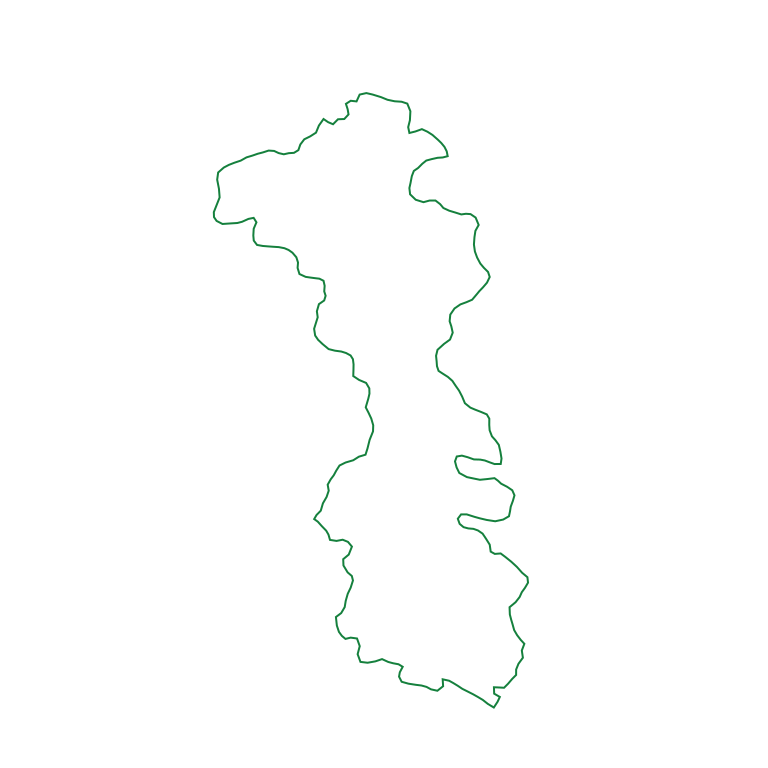 outline of Santo Hipólito, Minas Gerais, Brazil, rotated 203°
{"feature_id": "56859067B25350866893679", "entity_name": "Santo Hipólito", "entity_type": "district", "adm_level": 2, "iso_a3": "BRA", "parent_name": "Brazil", "parent_adm1": "Minas Gerais", "projection": "orthographic", "projection_center": [-44.176, -18.392], "detail": "fine", "context": "isolated", "style": "outline", "palette": "green", "viewbox_px": 768, "rotation_deg": 203, "n_neighbors": 0, "source": "geoboundaries", "source_scale": "gbopen_adm2", "svg_char_len": 4246}
<svg xmlns="http://www.w3.org/2000/svg" viewBox="0 0 768 768"><g transform="rotate(203 384 384)"><path d="M156.5,129.1L155.3,135.8L155.1,141.2L161.6,142.0L164.3,147.8L159.8,149.5L154.8,151.3L152.7,156.5L150.7,162.8L148.7,167.8L150.8,172.8L150.9,179.0L149.2,186.3L153.0,192.5L153.3,199.7L158.0,201.8L163.3,204.8L168.0,208.3L171.9,213.2L174.8,216.7L178.1,221.0L181.2,227.6L177.6,234.6L175.9,241.0L175.8,246.2L174.6,251.4L173.8,257.4L176.5,262.2L183.1,264.2L190.3,267.6L197.3,270.1L204.7,272.2L210.4,273.6L215.6,270.9L220.3,271.4L223.9,277.4L229.6,281.4L234.8,284.8L240.3,285.9L245.1,285.6L250.0,284.0L254.8,283.3L259.7,284.8L263.4,288.8L262.1,294.1L256.9,296.3L248.6,297.1L243.3,297.8L236.3,299.0L228.0,301.1L221.3,305.8L217.3,311.1L218.2,315.8L219.4,320.6L219.7,326.8L220.4,332.5L224.4,336.3L230.6,337.5L237.2,338.0L241.3,339.5L245.5,340.5L251.9,336.8L258.3,333.3L264.7,332.0L271.3,330.7L279.9,331.5L284.6,335.6L288.4,340.5L288.7,345.7L284.3,348.5L278.4,349.3L271.8,349.7L265.9,352.0L261.3,353.0L255.9,353.2L251.0,353.5L245.3,356.0L246.7,361.3L250.3,367.0L254.5,372.8L259.5,375.8L264.2,378.0L268.7,382.7L271.1,387.4L273.5,393.2L277.5,396.2L283.9,396.2L290.2,396.0L295.3,396.0L302.0,397.9L307.1,402.9L312.3,407.2L317.6,410.5L322.3,413.6L328.0,415.5L334.6,416.6L338.9,417.4L342.2,421.1L344.4,425.4L347.1,430.3L348.1,436.4L344.4,444.4L340.6,450.7L340.8,458.1L344.5,463.3L348.1,467.4L350.1,473.8L348.6,481.1L344.8,487.1L340.1,491.5L335.8,496.0L333.9,502.1L332.5,506.8L330.6,511.8L328.8,517.5L328.5,523.8L332.0,527.8L337.5,530.0L342.4,532.5L347.7,536.8L352.1,541.5L355.7,547.5L358.1,554.5L359.7,560.7L359.0,567.4L364.7,573.0L370.7,574.2L375.1,572.7L379.1,570.3L385.3,569.7L391.7,569.0L398.1,569.2L402.6,571.5L408.3,573.0L413.7,570.7L418.7,566.8L426.8,566.0L434.1,568.8L437.2,574.3L438.1,579.2L439.6,586.2L439.8,591.8L437.0,596.2L434.8,601.7L432.4,606.2L427.9,609.7L423.0,613.2L418.4,615.5L414.4,618.6L417.2,622.7L421.0,625.9L425.4,628.2L429.8,629.9L436.7,632.2L442.6,633.2L448.7,633.4L453.8,628.7L458.7,625.0L462.1,629.9L463.2,636.9L466.3,645.4L472.1,651.2L478.1,650.7L484.7,648.4L491.8,647.0L498.9,646.9L507.6,646.0L513.9,644.9L519.5,640.9L519.7,633.4L525.3,631.7L528.5,627.0L524.8,622.7L522.0,618.3L524.1,612.4L529.8,609.7L532.4,603.2L537.8,603.2L543.2,604.3L544.9,596.5L544.8,588.8L548.7,583.1L553.0,578.1L554.6,571.8L554.2,565.8L557.2,561.6L561.8,559.3L566.0,556.3L571.2,555.4L576.2,555.6L581.4,553.8L585.9,549.9L590.2,546.6L594.4,542.8L599.1,538.9L603.2,533.6L608.2,529.2L612.4,525.1L616.0,520.7L619.3,513.9L617.4,506.9L612.2,499.2L608.2,491.5L608.0,483.7L607.8,475.7L605.7,471.2L601.8,468.7L595.2,468.2L587.7,472.0L581.9,474.9L578.0,477.9L573.3,483.0L568.9,486.0L564.6,483.0L564.6,476.0L562.3,469.6L559.9,465.1L555.2,462.4L549.5,463.7L545.0,465.2L540.0,466.9L534.3,468.9L528.7,470.1L524.2,470.1L519.6,469.1L514.2,466.4L510.6,462.2L508.9,457.1L504.8,452.2L498.0,452.0L493.8,453.1L489.1,454.4L484.6,455.7L480.0,455.4L477.0,451.2L475.2,445.9L472.2,442.4L471.7,437.5L475.1,432.1L474.2,424.7L471.1,419.5L470.6,414.5L469.9,407.5L466.3,401.7L461.9,398.9L456.0,396.7L448.6,394.5L442.2,395.5L436.0,397.2L431.0,397.7L425.9,397.2L422.3,394.7L419.7,390.2L417.8,385.5L415.4,379.3L408.5,378.0L400.9,378.0L395.8,374.2L393.6,369.4L392.7,364.3L391.7,355.4L387.0,351.5L382.2,347.2L377.8,341.8L375.6,336.1L375.4,327.0L374.0,318.1L373.4,311.7L378.7,307.3L382.5,301.8L388.7,296.7L393.1,291.6L394.1,285.6L394.6,280.3L395.8,275.5L396.5,269.3L393.2,264.2L392.7,257.6L393.6,250.3L392.7,242.7L394.9,237.1L395.5,232.4L391.1,231.4L385.8,228.9L379.9,226.4L376.3,223.7L372.8,219.4L366.4,221.0L361.2,224.5L355.5,224.6L350.0,221.8L349.8,213.2L353.1,206.8L350.4,201.1L343.9,196.4L338.6,194.7L335.8,191.0L335.1,183.5L335.4,176.7L334.5,169.4L333.0,163.3L333.9,156.4L337.2,150.7L333.0,143.2L328.6,138.2L324.4,135.7L319.9,134.3L315.6,137.5L309.4,139.2L303.9,133.2L302.7,125.0L297.1,119.0L290.2,121.0L283.6,125.3L278.3,130.0L271.5,129.8L266.5,130.5L261.1,131.7L256.3,131.0L256.8,124.8L255.8,120.5L251.4,116.8L244.4,117.7L237.3,119.5L231.7,121.1L226.5,121.8L221.4,121.3L215.0,122.5L211.5,128.9L214.6,135.1L208.1,136.3L203.4,135.8L198.0,135.0L192.8,134.0L188.0,133.7L180.7,133.2L175.4,132.6L169.6,131.8L163.4,130.1L156.5,129.1Z" fill="none" stroke="#15803d" stroke-width="2"/></g></svg>